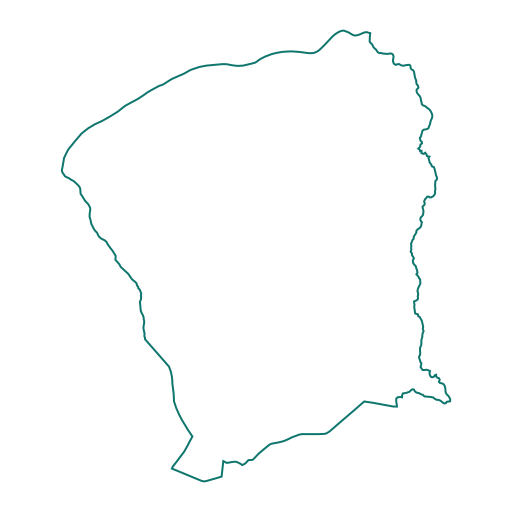 outline of Mwea, Central, Kenya
{"feature_id": "3690345B50229507526225", "entity_name": "Mwea", "entity_type": "district", "adm_level": 2, "iso_a3": "KEN", "parent_name": "Kenya", "parent_adm1": "Central", "projection": "natural_earth1", "projection_center": [37.398, -0.655], "detail": "fine", "context": "isolated", "style": "outline", "palette": "teal", "viewbox_px": 512, "rotation_deg": 0, "n_neighbors": 0, "source": "geoboundaries", "source_scale": "gbopen_adm2", "svg_char_len": 5952}
<svg xmlns="http://www.w3.org/2000/svg" viewBox="0 0 512 512"><path d="M420.6,140.9L419.8,137.9L420.8,136.8L422.5,130.7L423.5,129.8L424.9,129.5L426.6,129.2L428.3,128.4L430.1,123.8L430.5,121.5L432.2,117.4L432.3,115.2L431.9,113.8L431.3,112.4L430.4,110.8L429.5,109.6L428.3,108.6L426.8,107.6L425.8,106.6L424.5,105.9L422.8,105.3L421.7,103.9L421.6,102.3L421.0,100.6L420.7,98.2L419.7,96.0L418.2,94.4L417.2,93.1L416.6,91.6L416.6,89.7L418.4,87.8L418.0,85.7L416.8,84.4L416.3,82.8L416.2,80.5L415.5,78.9L415.0,77.4L414.4,74.1L414.1,72.2L413.4,70.5L411.7,69.5L410.7,68.4L410.5,66.1L409.6,64.9L408.0,64.9L406.1,65.1L404.2,65.6L402.3,65.7L400.6,65.0L399.2,64.1L397.7,64.1L395.9,64.9L393.8,63.7L393.0,61.3L393.1,59.2L393.6,56.8L393.1,54.8L391.8,53.7L390.4,53.4L388.9,53.8L386.9,53.9L382.6,53.5L381.2,53.0L379.6,53.1L378.4,52.7L377.3,51.6L376.2,49.8L373.6,47.4L372.1,44.3L370.8,43.2L369.7,41.8L369.8,37.1L370.2,33.1L368.9,32.9L366.9,32.2L364.9,32.3L362.7,33.1L359.4,34.6L357.9,35.0L356.3,35.4L354.9,35.5L353.4,35.2L352.2,34.6L351.0,33.9L349.6,33.0L348.1,32.2L346.0,31.4L344.1,30.7L342.4,30.7L341.1,31.0L339.3,31.7L337.8,32.5L335.3,34.1L332.5,36.5L327.6,41.7L325.5,44.0L320.8,48.7L317.9,51.1L316.4,51.9L314.5,52.7L312.3,53.1L309.2,53.2L307.4,53.0L299.1,51.9L292.1,51.4L290.5,51.4L286.2,51.6L282.2,51.9L280.4,52.2L277.0,52.8L273.3,53.7L271.4,54.2L265.1,56.6L263.3,57.5L260.2,59.1L255.5,62.5L252.8,63.3L243.2,65.6L238.2,65.9L234.5,65.6L230.6,65.0L227.4,64.3L225.8,64.2L223.1,64.1L220.5,64.3L206.5,65.6L199.6,66.9L191.5,69.6L189.7,70.4L183.7,73.8L176.1,77.1L172.9,78.5L170.8,79.6L163.1,84.5L158.9,86.0L151.0,90.3L147.6,92.3L142.1,96.2L138.4,98.6L135.4,100.3L128.8,103.8L125.6,105.6L123.9,106.8L117.7,111.7L110.3,116.3L102.2,120.9L94.8,124.3L88.3,128.2L83.9,131.6L81.3,133.8L74.9,141.3L72.1,144.8L69.3,148.1L67.7,150.5L65.6,154.7L65.0,156.1L64.0,158.1L63.7,160.3L62.3,168.1L61.8,170.6L62.5,172.6L63.7,174.3L64.8,176.0L66.1,177.0L67.7,177.6L69.7,178.7L71.3,179.9L73.1,180.7L74.8,182.1L77.8,184.9L79.3,186.6L80.2,188.5L80.5,192.3L80.7,194.1L81.7,195.3L85.0,200.7L86.6,202.5L87.9,203.7L89.2,205.9L90.1,207.7L90.3,209.6L89.7,213.5L89.6,215.3L89.6,216.9L90.6,220.3L90.9,222.0L91.4,224.1L92.4,225.9L93.3,227.9L94.3,229.6L95.5,231.2L97.1,232.7L97.8,234.5L98.8,236.4L100.8,238.3L102.6,239.3L104.3,240.1L105.5,241.0L106.5,241.9L107.2,243.3L108.2,245.0L111.1,249.0L112.5,250.7L114.8,254.4L115.7,256.0L115.5,258.2L115.4,259.8L119.3,264.2L120.8,267.0L128.2,273.8L131.9,279.2L135.4,282.1L136.7,283.6L136.9,285.4L138.0,286.6L138.3,288.3L139.7,289.5L141.2,293.5L140.9,295.7L141.2,297.7L140.9,299.4L139.9,301.9L140.2,304.5L140.6,308.9L140.9,311.4L143.0,315.5L143.6,317.2L143.7,319.1L144.1,320.6L144.2,322.6L143.4,327.4L143.6,329.3L144.1,331.5L144.6,334.2L144.3,336.0L145.0,337.7L145.0,339.2L169.1,366.7L169.7,368.7L170.5,370.5L171.1,372.9L171.8,376.1L172.3,380.4L172.4,383.9L173.3,390.7L173.7,394.4L174.0,401.5L174.5,402.8L176.3,408.2L179.0,414.3L181.6,419.4L188.0,430.0L192.4,436.4L191.7,437.8L190.1,440.7L187.2,446.3L184.2,451.6L176.3,462.1L172.9,466.4L171.9,468.6L201.4,480.8L203.3,481.3L205.0,481.3L206.8,480.9L215.6,478.4L221.6,476.6L223.3,461.1L225.1,462.0L226.4,462.8L227.8,462.8L231.4,462.1L233.5,461.8L235.6,461.7L237.5,462.3L238.8,462.9L240.5,463.8L242.3,465.1L245.2,463.5L246.6,462.1L248.4,460.1L251.7,460.0L253.1,459.5L258.4,453.9L260.2,452.3L268.0,445.8L269.8,444.5L271.2,443.8L278.5,442.4L282.4,441.5L285.5,440.4L290.5,438.1L291.7,437.4L299.0,434.7L301.9,434.1L319.0,434.1L324.2,433.9L325.8,433.6L327.2,432.9L329.6,431.4L342.3,420.4L354.7,409.8L364.2,401.5L372.4,402.7L393.1,406.5L396.9,406.6L396.9,405.1L396.5,403.3L396.2,400.8L396.3,398.5L397.8,397.2L400.4,397.0L402.1,397.3L402.1,395.3L402.9,393.4L404.7,393.2L406.5,392.8L409.6,391.7L410.9,390.3L412.3,389.3L413.8,389.5L415.0,391.5L416.6,392.6L419.0,393.1L421.0,394.3L422.8,394.8L424.4,396.4L431.0,397.0L433.0,397.4L434.8,398.8L436.6,399.8L438.6,399.9L440.5,400.7L443.0,402.7L444.3,403.5L445.8,403.2L446.7,401.8L450.1,401.3L450.2,399.3L449.1,396.9L448.1,395.6L446.7,394.4L445.6,392.2L445.3,388.3L444.8,386.1L443.7,384.3L442.1,383.4L440.0,383.0L438.9,381.7L439.7,379.8L439.1,378.3L437.2,377.6L436.2,376.4L436.1,374.8L434.8,375.2L434.0,376.6L432.8,377.2L431.3,377.1L430.0,375.5L429.5,373.2L430.0,371.0L428.3,370.3L426.4,369.7L424.4,370.1L422.4,369.9L420.6,367.0L421.1,365.2L421.3,363.1L420.3,361.8L419.9,359.9L419.1,358.0L419.1,356.5L420.1,354.9L420.2,352.8L420.0,350.2L420.1,347.7L420.9,346.0L421.3,344.6L421.4,342.6L421.3,340.4L422.3,336.8L422.4,334.4L422.8,333.0L423.6,331.1L422.8,329.0L423.2,326.5L422.6,324.3L422.2,322.3L421.7,320.5L420.7,318.9L420.0,317.3L418.3,316.2L418.0,314.4L416.7,313.9L415.3,313.6L414.9,311.9L414.7,310.0L414.2,307.2L414.5,305.0L414.0,301.5L416.5,300.4L417.6,299.5L418.1,298.0L417.7,296.4L418.2,294.7L418.0,292.8L417.5,291.3L417.7,289.6L418.3,287.8L419.3,285.9L420.4,283.4L420.2,281.1L420.1,279.4L419.1,278.2L418.5,276.8L417.6,275.6L416.4,274.3L417.5,272.7L417.0,270.1L416.4,268.6L415.7,266.1L414.2,264.6L413.1,262.9L412.8,260.5L413.9,258.3L413.0,256.6L412.0,255.2L411.9,253.3L410.6,251.7L411.3,249.9L411.2,248.1L411.3,245.8L411.0,243.7L411.7,242.3L412.4,240.2L413.7,238.6L413.8,236.5L415.0,234.8L416.3,232.6L416.4,230.8L417.7,229.3L419.4,228.2L420.5,227.2L421.3,225.5L421.5,223.8L421.9,222.1L420.8,221.1L420.3,219.2L420.7,217.5L422.0,216.3L423.0,214.8L423.4,212.4L423.4,210.4L422.8,208.4L422.5,206.8L424.6,204.5L424.7,202.9L424.1,201.5L425.0,199.3L426.3,198.0L427.2,196.7L428.7,196.6L429.8,197.4L431.0,197.4L433.0,196.4L434.4,194.9L435.1,193.2L435.0,191.1L435.4,189.3L435.2,187.2L435.1,184.9L435.4,181.0L436.8,179.6L437.1,178.0L435.8,174.6L435.6,173.1L434.8,169.9L434.4,168.4L433.8,167.0L432.1,166.5L431.0,164.2L429.6,162.4L429.2,160.4L428.5,158.0L429.4,156.6L428.2,156.4L426.9,156.0L426.5,154.3L425.2,152.7L423.8,153.9L421.5,153.2L421.5,150.9L420.1,151.2L419.7,149.7L418.3,148.7L420.1,146.7L420.5,144.5L422.0,143.4L421.8,141.8L420.6,140.9Z" fill="none" stroke="#0f766e" stroke-width="2"/></svg>